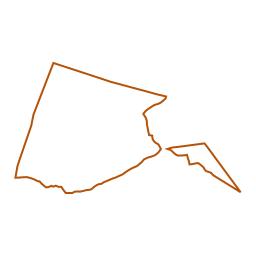 Joaquim Gomes, Alagoas, Brazil (Albers equal-area conic projection)
{"feature_id": "56859067B41171475234943", "entity_name": "Joaquim Gomes", "entity_type": "district", "adm_level": 2, "iso_a3": "BRA", "parent_name": "Brazil", "parent_adm1": "Alagoas", "projection": "albers", "projection_center": [-35.737, -9.072], "detail": "fine", "context": "isolated", "style": "outline", "palette": "amber", "viewbox_px": 256, "rotation_deg": 0, "n_neighbors": 0, "source": "geoboundaries", "source_scale": "gbopen_adm2", "svg_char_len": 1530}
<svg xmlns="http://www.w3.org/2000/svg" viewBox="0 0 256 256"><path d="M53.4,63.0L33.5,114.6L31.2,125.9L19.5,159.9L18.7,162.4L17.5,166.0L15.4,177.7L18.6,177.6L22.5,177.3L26.8,177.1L28.9,177.6L31.8,178.5L35.2,179.8L37.4,181.1L39.6,181.4L41.7,183.8L44.3,186.0L46.1,187.4L48.8,187.0L51.3,185.8L53.3,186.7L55.8,185.7L58.8,186.9L61.3,186.9L63.8,190.5L65.7,193.0L69.0,193.0L72.3,193.0L74.9,191.6L77.8,191.5L80.4,191.6L83.0,191.0L86.3,190.1L89.0,189.9L91.3,189.3L94.2,186.8L97.1,184.9L99.1,184.1L101.3,183.9L103.6,182.3L106.8,181.0L109.7,179.8L112.7,178.5L115.5,177.6L117.6,176.6L120.1,175.5L122.5,174.4L125.4,172.3L128.1,170.5L130.9,168.8L134.1,167.3L136.9,166.1L139.2,164.3L141.9,161.9L144.0,159.4L146.1,158.4L148.0,157.5L151.4,156.6L154.6,155.4L156.9,153.8L158.6,152.2L160.9,149.0L159.5,146.3L158.3,144.3L155.6,142.8L153.8,141.1L152.5,138.6L152.2,135.6L149.1,135.1L148.3,131.4L147.6,127.8L146.9,124.2L146.8,121.0L145.9,118.0L143.3,113.9L145.5,111.1L147.9,109.2L150.1,107.7L152.0,106.4L154.6,104.9L158.1,103.9L160.8,102.6L163.3,100.5L165.5,98.6L166.1,96.5L155.7,94.0L146.8,91.5L137.4,89.0L124.8,85.6L120.8,84.5L110.7,81.8L103.8,79.5L53.4,63.0ZM240.6,192.2L222.7,167.9L207.7,147.5L204.5,143.4L178.7,146.8L172.4,147.5L167.5,148.9L171.0,150.2L173.7,152.8L175.6,154.4L177.8,155.5L181.4,155.5L184.8,155.3L187.0,154.9L187.8,158.0L188.9,161.3L189.5,164.4L191.9,164.2L195.0,163.5L198.2,163.1L200.8,165.0L203.5,167.3L204.6,169.4L206.1,171.1L208.9,172.0L211.0,172.8L213.3,175.3L240.6,192.2Z" fill="none" stroke="#b45309" stroke-width="2"/></svg>